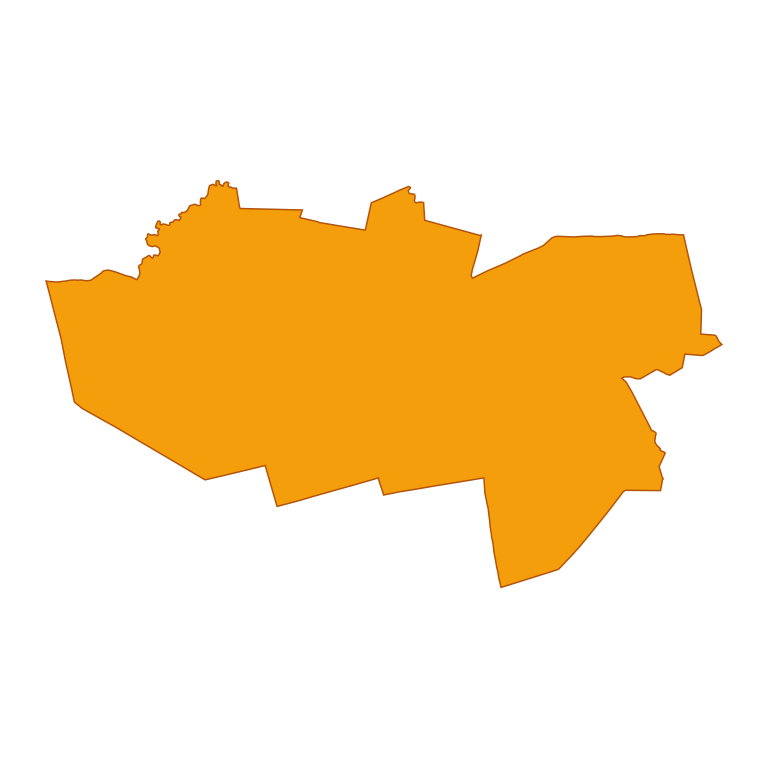 Racovita, Timis, Romania (Robinson projection)
{"feature_id": "2599482B19277843402836", "entity_name": "Racovita", "entity_type": "district", "adm_level": 2, "iso_a3": "ROU", "parent_name": "Romania", "parent_adm1": "Timis", "projection": "robinson", "projection_center": [21.607, 45.699], "detail": "fine", "context": "isolated", "style": "filled", "palette": "amber", "viewbox_px": 768, "rotation_deg": 0, "n_neighbors": 0, "source": "geoboundaries", "source_scale": "gbopen_adm2", "svg_char_len": 6088}
<svg xmlns="http://www.w3.org/2000/svg" viewBox="0 0 768 768"><path d="M501.1,587.4L552.4,571.3L557.9,569.5L559.0,568.8L560.2,567.6L573.6,553.4L579.5,546.7L589.2,535.1L607.3,512.6L619.4,496.8L623.3,491.6L624.4,490.9L625.4,490.4L626.4,490.3L660.5,490.6L661.9,483.2L662.3,480.2L663.0,479.2L663.1,478.5L662.3,477.4L659.2,466.9L659.4,465.9L661.9,460.5L665.2,453.1L664.9,452.5L660.7,450.6L660.3,450.3L660.2,449.8L660.3,449.2L660.2,448.6L656.9,445.4L655.5,443.2L654.9,441.9L654.8,440.7L655.1,439.6L655.1,438.2L655.6,435.4L655.8,434.6L656.1,434.0L655.9,433.0L655.3,432.3L654.3,431.8L653.8,431.3L653.5,431.0L651.8,430.7L644.1,415.6L632.2,392.6L627.2,383.8L626.0,381.9L621.9,378.3L623.5,377.2L624.2,376.9L629.4,376.8L631.5,377.2L636.0,378.7L639.9,378.8L640.5,378.7L655.9,369.8L656.8,369.6L657.8,369.8L664.8,373.1L666.2,374.1L669.8,375.2L682.2,367.7L682.8,364.6L684.9,354.1L702.1,355.5L703.6,355.2L710.9,351.1L713.9,349.1L721.9,344.6L719.1,341.7L716.2,336.1L715.1,335.3L714.0,335.1L700.8,334.1L701.5,309.7L691.4,269.3L687.7,253.4L683.5,234.8L680.8,234.8L678.5,234.8L676.5,234.5L673.0,234.2L672.4,234.2L671.1,234.4L669.3,234.5L668.2,234.3L666.0,234.3L665.3,234.3L664.0,233.9L663.1,233.8L659.4,233.8L656.8,233.8L651.2,234.2L648.1,234.6L646.8,234.8L645.4,235.5L645.0,235.7L643.8,235.7L640.4,235.6L639.8,235.6L639.3,235.8L638.0,236.4L637.1,236.6L635.7,236.5L633.4,236.9L632.4,236.9L630.8,236.8L627.7,237.0L624.3,236.8L621.4,235.8L617.6,235.4L612.6,236.1L609.0,236.3L600.5,236.6L593.6,236.5L592.2,236.1L583.4,236.3L573.5,237.0L558.7,236.3L555.1,236.6L552.0,237.8L543.3,245.6L538.2,248.1L523.6,253.9L520.2,255.8L506.1,262.8L486.7,271.2L472.6,278.1L471.1,275.8L472.4,269.5L477.7,251.3L481.3,235.0L480.2,235.5L424.7,220.3L423.6,202.5L422.8,202.5L422.5,202.4L421.3,202.1L419.8,202.1L416.5,202.7L415.8,202.6L415.3,202.4L414.7,201.9L414.5,201.1L414.4,200.4L414.8,198.9L415.0,197.0L415.0,196.1L414.8,195.2L414.4,194.4L413.9,194.2L412.6,193.9L411.1,194.0L409.2,193.3L408.7,192.6L408.5,191.9L408.4,190.2L409.4,189.3L410.3,188.2L410.4,187.6L410.1,187.1L409.6,186.8L408.5,186.5L399.8,190.1L393.1,193.2L381.7,198.4L371.3,202.8L365.3,230.1L341.9,226.3L318.6,222.4L318.1,221.8L312.3,220.5L299.8,217.6L302.4,210.0L240.2,208.5L239.4,206.5L236.8,190.2L236.5,188.3L236.1,188.2L235.1,188.1L233.7,188.4L232.5,188.0L231.7,187.5L230.6,187.1L229.7,187.0L228.6,186.7L228.3,186.3L228.1,185.8L228.2,185.2L228.5,184.3L228.7,183.5L228.6,182.8L227.8,182.3L226.9,182.0L225.3,182.5L223.8,183.7L222.9,186.2L222.7,186.3L222.0,186.3L221.8,186.1L221.6,185.7L221.6,185.4L221.4,185.2L219.2,184.0L219.2,183.2L219.3,182.6L219.3,182.0L219.2,181.5L218.7,180.8L218.4,180.6L216.6,180.9L216.4,181.0L216.2,181.2L216.1,181.7L216.1,182.6L215.9,183.0L215.9,183.6L216.1,184.4L216.7,185.4L216.6,185.6L216.2,185.8L215.6,185.8L215.0,185.5L214.6,185.2L214.0,184.6L213.8,184.5L213.3,184.4L212.3,184.5L212.1,184.6L211.6,185.1L210.4,185.2L209.7,185.5L209.6,185.9L209.2,186.5L208.7,189.2L208.4,190.2L207.8,194.6L204.8,198.5L204.2,198.5L202.5,198.1L201.9,198.0L201.5,198.1L201.1,198.4L200.8,198.9L200.5,200.5L200.4,201.9L200.3,202.7L200.5,203.6L200.7,204.2L200.7,204.6L199.9,205.4L199.6,205.5L198.3,205.6L197.6,205.4L196.6,204.9L195.1,204.4L194.6,204.3L193.9,204.5L192.8,204.9L191.2,205.3L189.8,205.8L187.9,209.4L187.6,210.0L186.6,211.0L185.8,211.6L184.5,212.4L183.8,212.6L183.4,212.6L182.2,212.3L181.8,212.5L181.4,213.0L181.1,213.6L179.7,214.1L179.2,214.3L178.8,214.6L178.8,215.0L178.9,215.4L179.3,216.2L180.1,216.8L180.9,217.2L180.0,219.2L179.5,220.3L176.2,219.7L175.5,219.6L175.0,219.8L174.3,220.3L173.5,221.1L173.3,221.9L172.9,222.1L171.5,222.2L170.4,222.5L170.1,222.7L169.7,223.3L169.9,224.2L169.9,224.7L169.6,225.0L168.8,225.1L168.3,225.3L167.7,225.2L166.0,224.5L163.3,224.0L162.8,224.0L161.8,224.7L161.3,224.7L160.7,224.7L160.3,224.6L160.1,224.3L160.0,223.9L160.4,222.4L160.2,222.0L160.0,221.6L159.5,221.2L159.0,221.0L158.3,221.0L157.7,221.4L156.1,225.0L155.6,227.6L159.1,228.8L159.4,229.3L159.2,229.7L158.9,229.9L158.5,230.2L157.8,231.0L157.8,231.4L157.7,231.6L158.1,233.0L158.3,233.7L158.2,234.6L158.0,235.2L157.7,235.7L155.4,234.9L154.9,234.6L154.6,234.6L152.8,234.9L151.8,235.3L148.4,233.9L148.0,234.0L147.8,234.1L147.4,235.0L147.5,236.4L147.3,237.1L147.1,237.5L146.2,238.2L145.9,238.6L145.7,238.9L145.7,239.2L145.8,239.6L146.3,240.2L146.8,241.4L147.1,242.9L147.6,244.5L149.1,245.4L149.8,246.0L150.7,246.2L151.8,246.5L152.4,246.6L153.1,246.5L155.5,245.8L156.9,246.8L158.9,247.8L159.3,248.5L159.4,248.9L159.5,250.0L160.2,252.1L159.0,254.5L158.4,255.4L158.0,255.7L157.6,255.8L155.5,255.0L154.8,255.0L154.1,255.1L153.8,255.3L153.5,255.7L153.4,256.3L153.4,257.1L153.2,257.6L152.4,257.9L152.0,257.9L151.6,257.7L150.1,256.1L149.6,255.6L149.2,255.4L148.9,255.5L147.8,256.1L146.0,257.3L143.6,258.5L142.4,259.4L142.4,260.9L141.7,263.9L139.0,265.6L138.9,265.9L138.7,266.7L138.8,267.8L139.4,269.6L139.9,273.9L138.8,276.3L137.0,279.6L134.6,278.7L132.9,277.7L131.0,276.9L125.6,275.6L116.0,272.1L113.6,271.4L111.7,270.9L111.3,270.7L110.0,270.5L108.5,270.1L106.5,270.3L103.9,270.7L102.3,271.9L101.5,272.9L100.3,273.7L96.0,276.7L95.0,277.3L93.8,278.2L92.9,278.7L91.9,279.5L90.5,280.3L89.0,280.5L86.3,280.7L84.7,280.6L82.6,280.2L81.3,280.0L77.0,280.2L75.8,280.0L73.5,280.0L70.0,280.2L66.1,281.0L63.7,281.2L60.4,281.7L57.1,282.0L56.0,281.9L55.0,282.0L53.0,281.7L49.1,281.5L46.1,281.0L49.9,295.3L53.8,310.7L60.4,335.9L61.5,340.6L65.3,360.5L71.7,389.3L74.4,402.1L82.3,408.5L103.7,420.5L115.2,426.9L140.8,442.0L155.5,450.6L161.9,454.4L182.1,466.3L196.6,474.9L204.7,479.6L204.7,479.4L205.3,479.7L206.7,479.5L223.4,475.6L265.2,465.5L267.0,471.8L271.4,487.0L277.1,506.4L299.8,500.4L314.3,496.1L322.1,493.9L348.0,486.6L348.9,486.4L378.5,477.9L378.7,479.8L383.7,495.0L394.8,492.8L398.4,492.0L413.4,489.6L438.0,485.4L463.2,481.3L483.9,477.9L484.9,493.1L487.4,505.3L488.1,508.0L489.0,515.7L489.7,521.2L490.2,527.1L491.4,534.3L491.5,536.6L492.6,541.0L492.7,541.8L493.1,544.3L493.9,551.6L495.5,560.0L495.8,561.7L496.8,567.7L497.7,571.2L498.3,574.4L498.3,575.0L499.2,580.0L499.8,582.0L500.3,583.9L500.7,586.5L501.1,587.4Z" fill="#f59e0b" stroke="#b45309" stroke-width="1.5"/></svg>